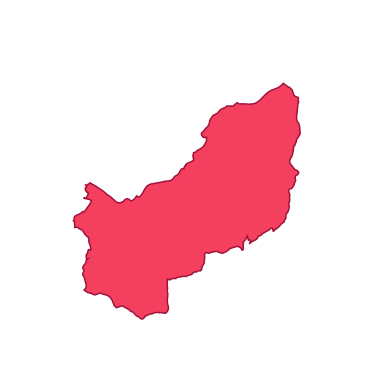 Leordina, Maramures, Romania (Natural Earth projection), rotated 302°
{"feature_id": "2599482B17965531619441", "entity_name": "Leordina", "entity_type": "district", "adm_level": 2, "iso_a3": "ROU", "parent_name": "Romania", "parent_adm1": "Maramures", "projection": "natural_earth1", "projection_center": [24.258, 47.775], "detail": "fine", "context": "isolated", "style": "filled", "palette": "rose", "viewbox_px": 384, "rotation_deg": 302, "n_neighbors": 0, "source": "geoboundaries", "source_scale": "gbopen_adm2", "svg_char_len": 6031}
<svg xmlns="http://www.w3.org/2000/svg" viewBox="0 0 384 384"><g transform="rotate(302 192 192)"><path d="M215.7,286.0L217.0,285.5L219.6,285.4L220.7,284.8L220.7,284.6L223.3,283.5L225.4,284.0L226.1,283.7L227.9,283.5L229.9,282.8L231.9,281.7L233.1,280.4L233.5,280.2L235.2,279.9L236.2,279.5L238.8,278.0L239.9,277.0L241.3,276.6L244.0,273.4L245.9,273.2L246.7,273.5L247.4,274.3L247.8,274.6L248.9,274.8L249.6,274.7L250.1,274.8L252.4,274.8L253.7,274.2L255.9,274.0L256.9,273.7L258.1,272.5L259.9,271.3L260.9,271.4L261.5,271.6L263.0,272.6L265.3,272.1L265.5,271.6L265.7,270.3L266.0,269.9L266.0,269.3L265.6,268.5L265.7,266.9L266.2,265.5L266.3,264.4L266.5,264.0L267.2,263.4L267.2,262.8L267.4,261.9L268.4,259.9L269.6,258.8L270.7,258.0L274.6,257.8L277.0,257.4L278.6,256.6L279.9,256.4L282.2,255.3L284.4,254.1L284.8,254.1L285.5,254.5L286.6,254.4L287.2,254.1L289.4,253.9L291.7,253.0L298.6,252.9L303.6,249.4L306.0,247.1L306.9,245.9L307.5,244.3L308.5,242.7L311.5,240.6L316.4,238.4L322.9,235.1L324.0,234.9L324.7,234.9L326.2,233.3L328.1,232.4L328.4,231.9L328.1,230.6L327.8,228.5L328.0,227.3L331.7,222.8L332.2,219.9L332.5,219.3L332.1,218.4L332.1,217.6L332.5,211.8L331.6,211.7L329.3,211.1L327.0,210.1L325.2,209.1L320.5,205.6L318.7,204.5L315.9,203.3L310.6,201.9L307.7,201.4L304.6,200.5L301.5,199.1L299.6,197.6L296.9,194.2L295.1,190.8L291.7,185.2L291.6,182.9L288.0,181.7L286.5,181.4L286.3,181.1L285.7,179.8L285.3,179.4L284.4,177.3L284.0,177.0L283.6,176.3L282.9,175.8L281.3,175.6L280.0,174.4L277.8,173.0L276.8,172.5L274.6,172.1L272.7,172.0L270.8,170.9L270.3,170.8L268.4,169.4L267.9,169.2L266.4,169.3L264.4,169.0L262.9,169.1L261.0,169.5L259.2,170.4L258.7,170.5L255.3,170.6L254.3,170.3L253.4,169.8L250.5,169.7L247.0,168.8L246.5,169.0L245.5,169.8L244.8,171.1L244.4,172.7L244.6,173.5L245.9,175.0L246.0,175.2L245.9,175.5L243.1,177.1L242.5,177.4L238.0,177.5L236.7,177.5L235.7,177.3L233.4,176.4L230.1,174.5L229.3,174.2L227.9,174.0L227.1,173.5L226.3,172.5L225.9,172.8L225.3,173.0L223.6,173.3L222.9,174.0L222.0,174.5L221.4,175.4L220.5,175.8L220.1,176.5L219.6,176.6L216.3,174.6L215.1,173.5L213.9,173.0L213.3,172.6L212.2,172.2L212.0,172.7L211.8,172.7L211.3,172.5L210.9,172.7L210.4,172.2L210.0,172.1L208.7,172.3L207.6,172.8L207.2,172.1L206.2,171.1L205.0,170.7L203.7,170.7L202.0,171.0L200.3,170.9L199.0,170.6L197.3,169.8L196.3,169.1L192.2,168.7L190.5,167.9L188.7,166.0L186.9,163.5L183.7,160.3L176.7,152.6L174.7,151.4L173.0,150.6L169.4,150.4L165.6,150.6L161.2,150.5L159.4,149.6L159.5,147.3L158.9,147.1L156.9,147.0L155.6,146.8L153.8,146.2L152.6,145.6L152.3,145.2L152.2,144.7L152.3,143.3L152.5,142.7L152.4,142.2L152.1,141.6L152.0,140.5L150.5,139.4L149.8,139.1L147.8,138.8L145.3,137.3L144.1,136.0L143.8,134.4L143.3,133.9L144.8,125.3L144.9,121.3L145.6,116.9L146.0,108.2L145.7,100.7L144.8,100.7L143.6,99.7L142.9,99.7L142.3,99.3L141.8,98.7L141.6,98.0L141.2,98.3L141.2,99.7L140.6,100.0L139.9,99.9L139.4,99.8L139.2,99.4L138.2,100.1L138.0,99.9L136.8,101.2L136.3,102.4L136.1,103.3L136.2,104.8L134.0,105.2L130.7,105.5L130.1,103.7L129.5,103.8L131.1,108.3L131.3,109.3L131.5,111.2L129.9,111.6L127.9,111.8L118.1,111.1L117.6,109.9L117.1,109.5L116.5,109.3L115.9,109.4L114.9,108.9L111.5,106.7L109.3,105.5L107.5,105.8L105.5,106.7L104.7,106.7L104.8,107.6L104.6,108.1L104.3,108.5L103.3,108.8L101.3,110.6L100.7,110.9L100.0,111.0L99.7,111.4L101.1,113.0L101.5,114.0L101.1,115.1L101.5,119.2L99.4,123.7L98.6,126.8L98.7,128.0L98.5,128.3L97.3,129.5L96.9,130.0L95.5,130.5L94.8,131.2L92.6,134.1L92.4,134.2L91.8,135.0L90.8,135.9L90.2,136.3L88.8,136.9L88.7,135.2L88.4,134.8L86.9,135.0L84.8,135.8L83.2,135.6L82.6,135.7L82.0,135.9L79.5,137.8L79.3,138.1L79.4,138.5L79.9,139.0L78.5,138.6L77.0,138.8L75.7,139.5L72.9,139.1L70.6,139.2L69.6,139.8L68.9,140.6L68.8,141.4L68.5,142.1L65.9,142.3L63.6,143.5L62.7,145.5L62.1,146.3L59.7,148.7L57.9,150.8L57.1,151.5L55.9,152.3L54.9,152.7L54.3,152.8L51.7,152.4L51.5,156.9L52.2,159.3L52.4,159.6L52.6,160.1L52.8,162.1L53.0,163.6L53.5,164.4L57.2,167.3L57.8,168.2L58.3,171.1L59.2,173.6L59.4,175.3L59.5,175.8L59.5,177.6L59.0,178.7L58.7,179.9L57.9,181.5L56.3,183.7L55.5,185.0L54.8,185.5L54.3,186.7L53.8,189.2L58.4,193.0L58.6,196.7L58.8,198.6L58.8,201.2L58.5,202.4L58.4,204.1L59.0,205.8L58.9,206.7L58.5,207.1L58.1,208.1L57.5,210.6L57.8,212.6L57.5,216.5L58.2,217.4L59.2,217.9L61.5,218.3L62.6,218.3L63.6,219.4L66.3,221.0L67.2,222.5L69.4,223.8L70.0,224.7L71.7,226.4L72.0,227.0L72.0,227.9L73.8,230.4L74.2,231.5L74.3,232.1L74.3,232.5L74.8,233.3L75.3,233.7L75.9,234.1L76.6,234.3L77.5,234.3L79.9,234.1L80.8,233.7L82.7,232.3L83.9,230.7L85.0,230.0L86.5,228.8L87.6,228.1L88.7,227.7L93.1,225.3L94.3,224.0L94.6,223.5L95.6,222.9L96.6,222.7L97.3,222.4L99.5,220.6L100.7,219.9L101.7,219.2L103.8,218.2L105.0,217.2L105.2,217.3L105.4,218.0L105.8,219.9L107.9,221.0L108.6,221.5L109.1,222.8L110.1,224.2L111.2,224.4L113.1,226.1L113.7,226.7L114.1,227.5L115.5,228.8L117.2,231.6L120.3,233.8L121.6,235.2L122.6,235.6L123.8,235.7L125.4,236.5L126.1,237.2L126.4,237.7L126.6,238.4L127.3,238.4L127.8,238.6L128.8,239.7L129.6,240.9L130.2,241.0L130.9,241.4L131.8,240.9L134.3,240.2L137.5,240.1L139.0,239.7L140.6,238.7L142.8,237.7L144.4,236.6L146.2,235.6L147.4,235.9L148.0,236.2L148.4,236.8L148.7,237.9L149.7,239.5L151.3,240.5L152.4,241.7L153.1,242.6L153.5,242.8L154.1,243.4L154.4,244.1L155.0,245.0L155.1,245.5L154.9,246.3L156.1,250.2L158.2,251.8L161.4,253.4L164.6,254.5L170.0,259.2L170.5,261.4L170.2,263.8L169.2,265.0L170.1,266.0L172.1,265.0L174.0,263.4L174.8,263.4L176.7,262.2L177.3,262.2L178.9,262.5L180.9,262.6L183.8,262.3L183.6,262.5L183.5,263.2L182.1,264.1L181.6,264.7L181.3,264.9L181.1,265.5L181.9,265.6L182.0,265.9L181.9,266.7L182.0,267.0L181.7,267.6L179.5,267.8L179.0,268.1L180.8,268.9L181.5,269.1L185.2,271.3L186.5,271.9L190.2,271.8L191.1,273.0L192.6,273.6L193.5,273.7L194.1,273.9L195.7,274.7L196.2,275.2L198.0,275.8L198.6,276.2L199.3,276.8L200.1,277.3L203.1,278.2L203.6,278.5L203.9,279.0L203.8,279.5L203.1,280.2L202.7,280.8L201.8,281.6L201.8,281.8L202.3,282.1L203.6,282.2L204.6,282.8L205.9,283.1L206.6,283.5L208.6,284.1L212.2,284.7L215.7,286.0Z" fill="#f43f5e" stroke="#9f1239" stroke-width="1.5"/></g></svg>